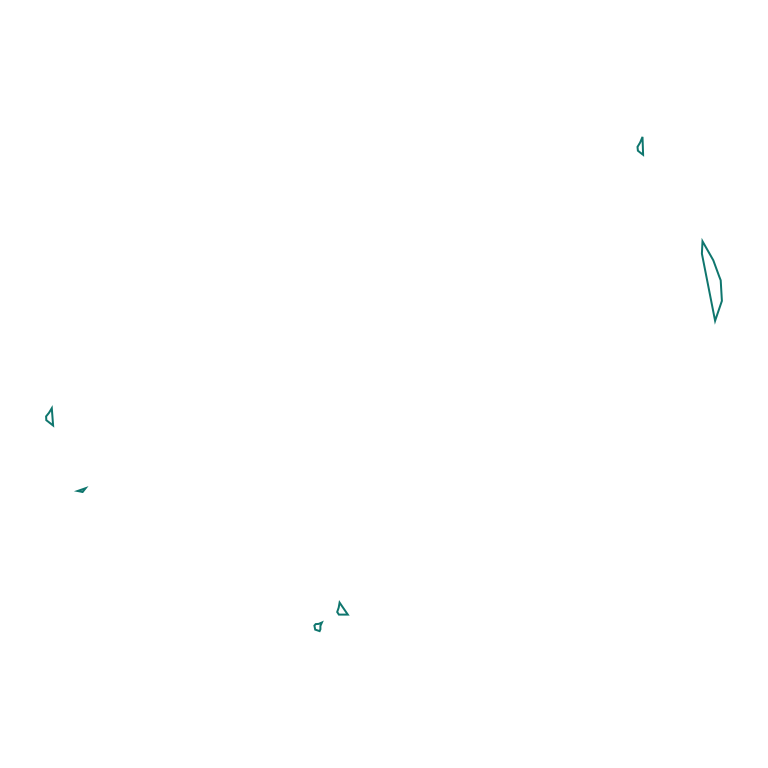 the border of Thaa
{"feature_id": "MDV-5238", "entity_name": "Thaa", "entity_type": "Atoll", "adm_level": 1, "iso_a3": "MDV", "parent_name": "Maldives", "parent_adm1": "", "projection": "albers", "projection_center": [73.162, 2.359], "detail": "coarse", "context": "isolated", "style": "outline", "palette": "teal", "viewbox_px": 768, "rotation_deg": 0, "n_neighbors": 0, "source": "natural_earth", "source_scale": "10m", "svg_char_len": 649}
<svg xmlns="http://www.w3.org/2000/svg" viewBox="0 0 768 768"><path d="M702.5,241.3L713.3,260.3L719.3,276.7L720.7,280.3L721.9,300.9L715.2,320.5L715.1,320.8L701.9,253.7L702.5,241.3ZM51.8,408.2L53.1,425.5L46.3,420.2L46.1,416.4L49.0,412.8L51.8,408.2ZM339.6,602.6L341.7,605.7L347.8,614.6L338.9,614.6L337.2,612.0L338.7,607.6L339.6,602.6ZM642.5,136.9L643.1,154.7L643.1,154.8L640.9,153.1L637.9,150.7L637.5,146.9L640.1,142.6L642.5,136.9ZM321.9,622.5L320.4,625.9L320.4,629.3L319.6,631.1L315.2,629.6L314.4,625.6L315.7,624.1L318.7,623.9L321.9,622.5ZM85.6,488.2L82.6,492.0L82.4,492.0L77.6,491.0L85.6,488.2Z" fill="none" stroke="#0f766e" stroke-width="2"/></svg>